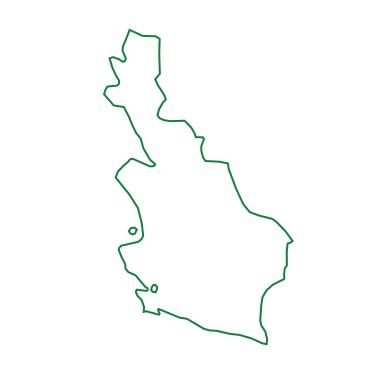 SVG path tracing the border of Armenia, rotated 203°
{"feature_id": "ARM", "entity_name": "Armenia", "entity_type": "country or territory", "adm_level": 0, "iso_a3": "ARM", "parent_name": "Asia", "parent_adm1": "", "projection": "albers", "projection_center": [45.222, 40.08], "detail": "fine", "context": "isolated", "style": "outline", "palette": "green", "viewbox_px": 384, "rotation_deg": 203, "n_neighbors": 0, "source": "natural_earth", "source_scale": "50m", "svg_char_len": 1858}
<svg xmlns="http://www.w3.org/2000/svg" viewBox="0 0 384 384"><g transform="rotate(203 192 192)"><path d="M170.1,232.3L167.3,227.7L153.1,212.6L140.1,200.9L131.1,196.1L122.0,196.4L107.8,198.6L102.7,197.5L90.4,192.3L80.3,186.2L81.7,183.7L83.9,181.9L81.5,174.1L76.0,161.5L76.7,157.6L75.0,152.1L73.1,148.0L81.3,138.3L85.0,130.5L86.0,122.9L84.0,114.9L79.0,100.4L75.9,96.1L69.9,92.1L65.1,85.6L63.9,81.1L68.1,80.2L80.4,80.4L92.4,79.0L101.8,76.2L115.3,73.8L120.9,71.7L127.4,70.7L147.1,73.3L154.5,71.5L176.8,71.3L177.3,70.4L174.3,67.3L174.4,66.2L187.6,64.3L189.6,62.8L191.4,67.7L196.3,73.0L201.8,75.2L204.7,78.2L204.8,80.4L195.2,83.2L194.5,84.5L195.2,85.9L198.0,86.5L211.5,93.3L219.2,93.4L223.2,95.4L225.3,99.5L231.7,104.9L236.9,110.2L237.2,112.1L236.3,114.8L221.9,125.2L220.1,128.8L219.8,132.6L226.2,143.9L235.6,156.2L249.2,165.5L267.9,175.5L268.2,181.8L265.3,189.4L262.8,194.5L261.7,197.9L259.4,199.4L240.7,199.2L238.0,200.4L236.7,201.9L236.6,203.1L243.4,205.4L253.9,213.3L260.0,221.1L266.3,224.4L273.4,230.5L279.1,236.3L288.0,243.6L297.8,241.1L311.1,247.6L311.7,252.1L310.9,256.1L302.7,260.6L301.7,262.5L301.7,264.0L302.8,266.1L307.7,269.7L313.5,274.9L320.1,282.8L317.3,285.3L311.3,285.7L306.5,284.8L304.9,286.4L305.0,289.0L311.2,295.0L312.5,299.4L312.4,307.1L312.8,316.8L298.4,316.4L286.2,321.2L281.6,320.3L278.4,312.1L275.7,305.4L267.8,288.3L269.9,281.3L265.5,277.3L255.0,270.0L252.3,267.0L253.7,262.9L254.7,255.3L253.7,249.2L250.9,247.3L245.7,247.2L239.4,248.8L226.7,254.7L217.9,251.0L212.8,247.2L209.9,244.0L203.3,246.6L201.7,245.4L201.3,237.5L199.3,233.2L195.4,228.2L191.7,225.8L178.2,230.7L170.1,232.3ZM191.4,91.0L191.8,88.2L191.2,85.6L189.0,84.8L186.4,85.4L186.2,88.3L187.0,91.0L189.6,92.2L191.4,91.0ZM234.1,134.9L231.1,136.7L228.2,135.9L228.2,131.5L230.2,129.7L232.6,129.8L234.9,131.4L234.1,134.9Z" fill="none" stroke="#15803d" stroke-width="2"/></g></svg>